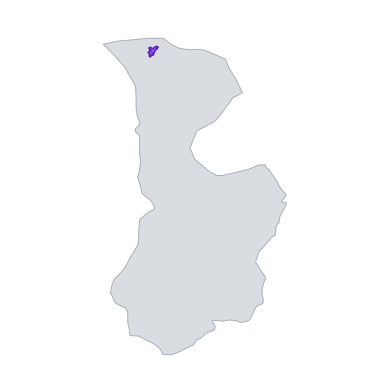 Dunalkas pag., Durbes, Latvia (highlighted), rotated 83°
{"feature_id": "27541924B30514454851640", "entity_name": "Dunalkas pag.", "entity_type": "district", "adm_level": 2, "iso_a3": "LVA", "parent_name": "Latvia", "parent_adm1": "Durbes", "projection": "albers", "projection_center": [21.324, 56.682], "detail": "fine", "context": "in_parent", "style": "filled", "palette": "violet", "viewbox_px": 384, "rotation_deg": 83, "n_neighbors": 0, "source": "geoboundaries", "source_scale": "gbopen_adm2", "svg_char_len": 3662}
<svg xmlns="http://www.w3.org/2000/svg" viewBox="0 0 384 384"><g transform="rotate(83 192 192)"><path d="M283.5,285.1L281.2,284.9L274.7,282.9L269.0,279.6L265.5,274.9L259.5,268.5L255.6,265.4L249.6,261.4L239.6,253.3L236.0,251.5L219.0,248.6L212.9,247.2L206.7,237.6L204.6,231.9L201.9,231.0L198.9,232.3L195.7,233.7L188.6,240.8L186.2,241.9L181.5,242.2L170.6,244.1L165.5,241.9L156.8,239.5L152.1,239.2L148.0,239.4L129.5,237.3L126.2,240.3L122.8,240.9L119.4,236.5L115.3,235.4L110.8,237.0L102.6,237.3L92.8,236.1L80.4,235.1L78.6,235.6L64.8,241.7L61.4,242.6L46.5,252.7L34.5,262.1L33.2,247.1L34.1,217.0L35.9,202.1L44.0,193.4L48.0,186.6L50.4,177.6L51.1,169.2L52.7,162.3L64.2,142.5L73.3,140.3L85.6,134.6L99.3,129.9L102.0,135.6L103.5,140.0L120.5,155.9L124.9,161.2L131.9,179.7L147.8,188.6L160.0,185.2L165.1,180.4L174.6,171.5L178.7,165.2L179.3,159.2L176.5,133.7L173.4,122.8L173.9,115.9L175.7,116.2L179.6,112.7L192.7,105.9L195.3,105.4L198.3,104.0L206.5,98.9L209.3,101.2L211.7,103.9L213.0,103.9L213.5,102.8L213.3,101.0L213.8,99.7L216.2,100.2L226.4,107.3L230.3,108.9L232.9,109.3L236.2,112.7L244.7,114.5L245.9,116.3L246.7,118.6L255.2,127.8L259.1,132.4L266.4,136.4L269.5,137.3L281.4,131.7L284.7,129.8L287.5,129.6L290.6,131.8L297.4,134.4L303.4,134.9L304.5,134.6L309.5,134.5L311.4,135.6L313.1,141.7L319.3,146.1L325.0,149.6L326.6,151.4L327.3,155.0L327.4,159.2L326.9,161.5L324.9,164.2L323.6,170.8L323.9,176.9L321.7,187.7L322.4,187.8L328.8,185.3L330.7,186.2L332.4,188.4L333.5,194.9L335.9,197.7L338.5,202.1L339.6,205.6L344.2,209.5L344.8,212.3L348.3,221.8L349.9,227.4L350.8,231.7L350.1,237.4L349.3,241.3L348.0,241.2L344.3,242.5L338.7,247.6L330.8,259.2L328.7,261.8L327.1,270.1L326.6,271.0L321.3,271.1L319.9,271.0L314.6,271.6L303.0,270.5L298.7,272.3L293.5,281.0L291.3,282.4L284.6,284.1L283.5,285.1Z" fill="#d9dde1" stroke="#a8b0b8" stroke-width="1"/><path d="M48.2,218.5L48.5,218.1L48.7,217.9L49.1,217.6L49.6,217.6L49.8,217.5L50.0,217.5L50.3,217.5L50.5,217.5L50.8,217.7L51.0,217.7L51.4,217.8L51.8,217.9L52.0,217.7L52.3,217.4L52.5,217.2L52.6,217.4L52.8,217.3L52.9,217.2L52.8,216.9L52.7,216.8L52.1,216.4L51.6,216.0L51.7,215.9L51.8,215.8L51.7,215.7L51.5,215.4L51.2,215.1L51.0,214.8L51.1,214.7L51.5,214.2L51.4,214.0L51.3,213.8L51.0,214.0L50.9,214.0L50.7,214.2L50.6,214.3L50.3,214.4L50.2,214.5L50.0,214.8L49.9,214.7L49.7,214.4L49.7,214.2L49.8,214.0L49.7,213.5L49.7,213.3L49.7,213.2L49.9,212.9L49.8,212.7L49.6,212.7L49.4,212.7L49.2,212.7L48.6,212.3L48.4,212.2L48.2,212.1L47.9,212.1L47.8,211.9L47.7,211.9L47.6,211.7L47.4,211.5L47.3,211.4L47.3,211.2L47.2,211.1L46.6,210.9L46.5,210.7L46.4,210.6L46.3,210.4L46.2,210.4L45.9,210.2L45.8,209.9L45.7,209.6L45.5,209.4L45.3,209.1L45.5,209.0L44.3,208.2L44.3,208.3L44.3,208.2L44.2,208.2L44.2,208.3L44.2,208.2L44.2,208.3L43.9,208.3L43.7,208.4L43.7,208.5L43.7,208.4L43.7,208.5L43.4,208.7L43.4,208.8L43.3,209.0L43.2,209.2L43.2,209.3L43.2,209.6L43.1,209.8L43.1,210.0L43.3,210.2L43.5,210.2L43.5,210.3L43.5,210.5L43.7,210.8L43.8,210.9L43.7,211.0L43.7,211.3L43.8,211.5L43.8,211.8L44.0,212.0L44.3,212.1L44.4,212.3L44.5,212.4L44.6,212.5L44.6,212.9L44.6,213.3L44.7,213.7L44.7,213.8L44.8,213.8L44.6,214.2L44.6,214.3L44.4,214.6L44.2,214.8L43.9,214.9L43.6,215.0L43.3,215.8L43.4,216.1L43.5,216.4L43.8,216.4L43.9,216.5L43.8,216.8L43.9,217.2L44.3,217.0L44.5,216.9L44.9,216.9L45.0,216.7L45.2,216.8L45.5,216.8L45.5,216.7L45.8,216.6L45.7,216.5L45.8,216.4L45.9,216.1L46.0,216.0L46.1,215.9L46.1,215.7L46.3,215.6L46.5,215.5L46.6,215.4L46.7,215.5L46.7,215.8L46.7,216.0L46.8,216.1L46.9,216.3L47.0,216.3L47.0,216.5L47.1,216.8L47.1,217.0L47.3,217.1L47.4,217.3L47.5,217.3L47.5,217.5L47.6,217.8L47.7,218.0L47.8,218.1L48.2,218.5Z" fill="#8b5cf6" stroke="#5b21b6" stroke-width="1.5"/></g></svg>